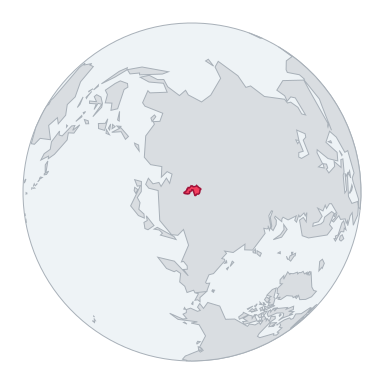 Dornod highlighted on a globe, orthographic projection, rotated 139°
{"feature_id": "MNG-3332", "entity_name": "Dornod", "entity_type": "Province", "adm_level": 1, "iso_a3": "MNG", "parent_name": "Mongolia", "parent_adm1": "", "projection": "orthographic", "projection_center": [116.608, 48.287], "detail": "fine", "context": "on_globe", "style": "filled", "palette": "rose", "viewbox_px": 384, "rotation_deg": 139, "n_neighbors": 0, "source": "natural_earth", "source_scale": "10m", "svg_char_len": 13578}
<svg xmlns="http://www.w3.org/2000/svg" viewBox="0 0 384 384"><g transform="rotate(139 192 192)"><circle cx="192" cy="192" r="169" fill="#eef3f6" stroke="#a8b0b8"/><path d="M337.2,277.4L336.9,277.9L336.8,278.2L337.2,277.4ZM303.3,64.8L304.2,65.9L304.4,65.9L306.9,68.2L306.4,68.4L308.9,72.0L304.7,72.6L290.8,67.8L290.8,65.7L287.5,65.1L287.3,67.9L288.0,70.0L276.2,74.5L273.7,87.1L278.6,93.6L273.1,90.5L286.1,105.0L288.4,115.1L282.3,102.2L279.0,99.9L278.9,105.7L275.4,104.7L273.4,107.0L269.3,105.3L266.1,98.3L263.4,97.2L263.4,101.5L259.3,102.8L259.7,96.6L252.6,98.3L245.9,87.7L250.2,73.9L243.1,68.1L238.3,54.2L235.3,54.7L231.6,50.3L226.8,49.3L227.3,47.3L222.9,48.3L223.4,50.3L221.7,51.5L218.8,51.2L219.0,48.5L220.4,48.3L219.0,47.4L220.3,46.2L218.1,46.7L218.6,43.7L213.9,46.2L210.8,43.6L212.3,41.8L217.6,42.5L234.1,41.1L237.3,40.1L236.4,37.6L223.2,31.5L224.4,30.5L222.1,28.6L218.9,28.7L219.6,30.3L213.2,30.5L214.8,32.8L212.4,33.3L211.9,35.8L206.2,34.9L200.8,32.9L200.9,31.0L198.6,30.2L193.7,31.9L189.4,28.5L178.6,27.1L178.1,26.5L185.7,25.0L197.7,25.0L207.5,24.5L195.2,24.5L194.2,23.6L191.5,23.5L188.2,23.5L186.2,23.9L184.6,23.7L196.2,23.2L197.8,23.3L194.1,23.4L199.8,23.5L207.6,23.8L206.5,23.7L207.3,23.7L220.5,25.5L233.4,28.2L246.2,32.0L258.5,36.7L270.5,42.4L282.0,49.0L292.9,56.5L303.3,64.8ZM351.7,160.3L350.4,158.2L351.2,157.4L351.7,160.3ZM349.5,158.3L350.0,158.7L349.6,158.7L349.5,158.3ZM349.1,159.2L349.4,158.6L349.3,159.6L349.1,159.2ZM348.9,160.8L349.0,159.9L349.0,160.1L348.9,160.8ZM347.9,162.5L347.6,162.8L347.6,161.6L347.9,162.5ZM288.8,71.2L287.6,68.1L289.1,66.2L290.5,68.7L288.8,71.2ZM285.6,75.6L284.0,73.6L287.9,74.0L287.6,74.9L285.6,75.6ZM282.9,98.7L282.5,95.6L284.0,99.1L282.9,98.7ZM273.8,107.6L275.0,109.0L273.4,109.7L273.8,107.6ZM215.1,36.1L213.6,35.9L214.5,35.5L215.1,36.1ZM216.4,37.4L218.6,37.1L219.5,37.7L218.1,37.9L216.4,37.4ZM265.7,107.8L262.9,108.7L265.2,106.5L265.7,107.8ZM213.5,37.7L220.8,38.8L222.4,39.9L218.6,41.6L213.5,37.7ZM260.8,108.4L253.9,111.0L255.9,114.0L246.2,107.3L255.3,107.1L257.9,103.9L258.4,106.9L260.8,108.4ZM224.8,51.1L224.2,48.9L227.3,51.0L224.8,51.1ZM227.2,52.2L239.3,57.7L238.8,60.9L234.9,58.3L236.3,63.0L230.1,61.9L227.9,59.1L229.5,57.1L225.9,58.2L227.2,52.2ZM242.0,103.4L239.8,103.1L241.5,102.1L242.0,103.4ZM221.2,52.1L223.7,52.8L223.4,55.7L218.4,54.8L220.1,54.1L221.2,52.1ZM239.7,64.9L238.7,67.1L233.3,66.7L232.2,67.5L229.9,62.2L239.7,64.9ZM218.7,53.4L215.9,54.3L213.4,52.8L218.8,51.7L218.7,53.4ZM225.5,56.8L225.1,58.2L223.7,57.1L225.5,56.8ZM203.1,48.3L206.1,48.8L206.2,50.3L203.1,48.3ZM215.0,54.8L215.8,55.4L216.2,56.1L213.9,56.4L215.0,54.8ZM226.3,62.4L224.4,61.9L227.0,64.5L223.1,64.5L222.3,61.1L221.0,62.6L219.9,62.6L220.5,59.8L226.3,62.4ZM212.6,59.0L210.3,54.9L204.7,53.4L204.4,52.0L213.4,54.6L212.6,59.0ZM217.2,59.7L214.3,58.9L215.5,57.4L218.1,57.0L217.2,59.7ZM220.8,65.9L226.9,66.7L226.9,67.5L220.8,65.9ZM210.8,58.8L211.4,59.8L210.3,58.9L210.8,58.8ZM217.5,64.0L219.7,64.1L219.6,65.0L217.5,64.0ZM210.8,61.8L210.1,60.4L211.8,60.1L210.8,61.8ZM213.7,63.0L213.0,64.2L212.9,60.8L214.7,62.9L213.7,63.0ZM217.0,64.7L217.7,65.3L216.1,64.6L217.0,64.7ZM204.5,64.1L203.9,59.9L207.9,59.1L207.9,63.2L204.5,64.1ZM76.2,69.0L76.4,71.3L70.9,77.6L63.6,94.3L61.8,97.5L57.2,100.1L47.3,121.1L50.6,121.7L47.1,138.7L48.3,147.6L58.3,141.7L56.5,126.7L61.6,119.8L67.4,128.0L69.8,141.8L71.9,139.6L74.9,127.7L80.1,128.0L76.5,123.4L74.5,127.4L72.2,124.8L73.8,121.1L75.6,121.2L76.2,116.6L67.6,117.7L64.7,121.8L63.4,112.7L58.4,118.8L56.4,118.0L64.1,107.3L66.8,105.6L77.3,91.0L74.3,91.8L64.2,105.9L65.3,102.8L61.1,104.7L65.1,100.9L76.9,85.9L78.8,78.5L73.2,76.2L76.0,71.9L82.0,65.9L92.1,61.1L84.7,71.3L88.2,70.3L96.6,64.4L93.6,68.2L96.2,67.2L94.0,71.2L97.9,73.9L96.7,77.8L104.8,76.4L105.3,78.3L100.4,78.5L96.4,81.0L94.4,91.7L96.0,93.0L101.3,91.3L100.1,94.7L105.6,91.8L107.7,97.4L109.7,88.3L116.1,86.6L120.9,88.9L123.4,86.9L115.5,83.3L112.1,83.4L108.5,86.0L99.4,85.6L98.7,82.6L109.6,77.2L109.8,72.6L118.2,70.9L134.2,80.9L137.5,86.7L129.3,100.2L124.7,99.8L125.4,94.5L118.8,101.1L122.2,99.7L121.2,102.7L127.0,102.4L126.6,104.5L132.9,100.7L133.0,103.3L129.0,105.6L137.8,107.9L139.8,113.2L141.9,112.7L143.7,110.7L145.1,119.1L146.6,118.4L146.8,115.4L150.0,112.1L156.1,109.7L156.3,112.7L154.1,114.0L149.6,121.4L143.7,124.7L144.4,125.7L149.6,123.7L155.0,114.5L158.7,112.3L156.7,116.7L157.7,114.9L159.6,114.8L161.6,117.5L164.0,112.8L184.4,108.4L190.2,113.8L186.2,117.9L200.6,119.3L206.1,126.0L206.2,123.0L213.2,122.2L211.6,120.0L212.2,118.6L229.3,116.3L233.5,118.4L241.0,114.9L241.1,113.5L238.4,111.6L246.2,107.3L255.9,114.0L255.2,116.8L261.7,119.4L259.3,125.6L260.3,132.2L254.0,138.0L255.3,143.0L257.7,143.5L261.4,151.0L260.6,165.2L250.7,151.4L249.8,131.2L249.2,139.1L246.2,136.8L244.1,139.4L243.9,145.2L245.9,146.2L229.5,154.1L223.0,169.3L231.1,168.6L235.4,173.3L235.0,191.7L216.6,215.3L222.1,223.2L221.9,228.2L215.9,231.0L216.1,223.8L210.7,220.9L211.7,216.5L202.2,219.3L203.2,213.2L195.3,218.6L197.4,223.7L205.4,223.3L198.1,231.0L205.3,239.8L205.2,249.5L190.1,264.7L176.0,267.8L175.0,270.5L169.9,266.4L162.4,270.6L171.2,287.6L170.7,291.8L158.8,297.4L158.7,294.4L145.3,283.6L142.2,292.8L152.3,303.2L155.8,312.6L147.7,308.1L144.3,299.5L139.5,295.4L141.3,287.4L138.2,273.0L130.1,273.0L131.1,267.7L125.7,253.7L114.3,252.8L95.8,259.0L92.6,271.2L86.5,273.4L81.1,249.6L82.7,235.6L78.2,233.6L74.7,216.6L61.3,201.3L61.6,196.6L58.6,195.1L56.5,186.4L58.0,179.0L55.7,175.6L52.3,195.3L55.1,199.0L60.6,198.1L58.9,203.8L61.2,213.2L50.4,216.5L34.2,203.1L36.5,192.9L44.4,154.7L46.3,152.8L46.5,152.5L46.8,151.8L43.6,154.1L46.2,147.1L37.8,170.7L34.8,178.7L33.9,203.3L33.1,203.4L34.0,210.0L41.6,219.7L40.8,222.5L34.8,229.1L27.7,228.6L30.9,242.7L31.5,244.7L28.2,233.3L25.6,221.6L24.0,209.7L23.1,197.8L23.2,185.8L24.0,173.9L25.7,162.1L28.2,150.4L31.6,138.9L35.8,127.7L40.7,116.8L46.4,106.3L52.8,96.2L60.0,86.6L67.7,77.5L76.2,69.0ZM71.2,74.0L69.8,75.3L71.2,74.0ZM68.4,161.8L72.4,170.1L77.5,160.7L79.5,163.2L80.5,159.2L77.8,160.0L81.3,149.8L85.5,151.7L88.5,148.4L87.3,145.5L79.0,143.9L74.0,158.2L70.2,158.7L68.4,161.8ZM193.5,23.6L192.6,23.6L189.2,23.6L190.9,23.5L193.5,23.6ZM173.3,25.4L171.2,25.1L173.9,25.1L175.9,24.6L184.2,24.2L178.3,26.2L179.5,25.3L173.3,25.4ZM193.5,24.8L188.9,24.5L194.1,24.8L193.5,24.8ZM112.1,59.3L109.1,61.4L106.7,61.2L108.1,57.2L111.7,57.2L112.1,59.3ZM105.6,64.5L116.0,60.9L115.5,63.6L114.0,62.6L112.7,64.7L109.9,63.8L99.2,70.3L96.4,70.7L100.6,62.4L100.8,64.8L103.6,62.4L105.6,64.5ZM143.5,49.9L148.0,49.2L141.2,55.8L137.7,55.7L138.9,51.4L143.7,49.0L143.5,49.9ZM205.3,40.8L207.5,40.7L207.4,41.4L205.5,42.0L205.3,40.8ZM204.5,48.4L195.7,42.2L197.8,41.7L190.2,39.1L192.7,36.8L197.5,38.5L193.7,35.0L199.0,35.6L195.8,33.5L206.3,37.5L211.0,38.2L204.9,38.2L202.5,40.2L202.9,41.3L207.4,45.0L216.2,47.8L215.3,50.6L212.2,51.8L210.0,51.5L211.3,49.8L207.3,50.7L207.5,48.0L204.5,48.4ZM177.5,68.7L180.0,66.0L172.1,68.9L172.2,65.6L171.3,66.1L169.2,63.9L165.1,62.4L166.0,60.8L164.0,60.9L162.6,59.6L160.2,59.2L160.9,56.5L158.0,55.9L160.0,55.0L154.8,54.7L159.0,53.7L157.6,52.1L154.3,53.9L163.9,41.7L164.8,37.9L163.2,35.5L170.5,34.5L176.7,36.4L181.3,40.1L179.4,44.1L183.1,43.2L183.3,44.9L180.3,44.9L185.0,45.9L184.4,47.4L188.5,51.7L195.6,52.6L197.3,54.4L194.2,54.8L198.0,56.3L193.3,58.3L194.3,59.7L190.7,63.2L184.1,63.5L185.8,65.0L183.1,68.0L177.5,68.7ZM203.3,65.0L195.3,65.7L191.4,64.3L199.3,58.8L199.0,57.3L203.9,54.0L209.4,56.2L207.5,56.9L206.9,58.1L205.4,56.9L206.2,58.8L203.6,59.8L203.4,61.6L200.9,61.3L203.3,65.0ZM63.1,98.5L62.3,100.6L61.8,103.4L59.1,104.7L63.1,98.5ZM70.9,88.2L70.7,89.6L66.7,92.5L67.6,90.5L70.9,88.2ZM74.0,88.0L71.0,89.4L73.1,87.5L74.0,88.0ZM100.5,79.8L100.7,81.4L99.4,82.1L97.7,81.9L100.5,79.8ZM154.0,77.8L156.0,76.2L156.9,76.6L162.9,75.1L163.2,77.6L159.8,79.5L154.0,77.8ZM56.1,140.6L53.7,139.7L54.4,137.5L55.1,138.2L56.1,140.6ZM55.0,121.2L53.6,126.7L54.3,121.5L55.0,121.2ZM155.4,80.3L157.8,79.3L156.5,81.2L155.4,80.3ZM163.8,79.4L162.8,81.6L164.0,77.8L163.8,79.4ZM37.9,261.4L39.5,264.3L39.4,262.8L42.9,270.8L44.5,274.4L37.9,261.4ZM198.9,334.9L204.1,335.4L203.9,335.8L198.9,334.9ZM193.4,333.3L199.3,333.6L192.4,334.2L193.4,333.3ZM201.7,333.7L207.7,332.7L210.3,331.9L209.9,332.9L201.7,333.7ZM189.4,333.1L167.7,330.8L159.3,328.2L161.2,326.9L174.9,329.3L189.4,333.1ZM160.5,326.7L147.7,319.1L130.9,298.2L136.9,300.4L154.7,314.8L153.5,316.2L161.3,321.8L160.5,326.7ZM191.9,321.0L190.6,325.7L178.7,324.3L173.2,322.9L169.5,316.2L171.6,313.2L176.0,313.9L193.5,303.6L199.6,306.8L194.1,311.6L199.0,316.2L191.9,321.0ZM93.1,272.8L95.8,282.0L92.6,281.5L93.1,272.8ZM200.9,295.2L193.7,300.4L200.4,293.3L200.9,295.2ZM205.1,288.2L205.4,291.1L202.6,288.2L205.1,288.2ZM174.5,274.8L169.8,274.8L169.9,272.6L175.9,271.3L174.5,274.8ZM205.0,257.6L204.4,264.4L203.3,266.6L201.5,262.5L205.0,257.6ZM161.9,102.7L153.2,101.8L147.2,103.3L144.1,107.3L144.7,101.4L154.0,99.1L161.9,102.7ZM181.6,107.3L184.2,104.1L185.6,106.0L185.2,107.0L181.6,107.3ZM181.4,105.0L179.8,100.3L182.9,98.8L183.5,102.8L181.4,105.0ZM167.2,89.6L164.6,89.1L165.8,87.5L167.2,89.6ZM255.7,348.5L254.2,349.1L250.5,350.5L246.2,352.0L243.3,352.3L239.7,353.5L243.3,351.8L238.0,353.9L235.2,353.8L228.6,354.8L195.4,359.8L188.1,359.5L190.0,358.6L183.3,354.6L185.7,354.8L184.2,351.4L203.8,348.3L217.8,340.4L228.8,339.8L237.0,332.8L248.2,331.2L244.8,336.4L256.5,336.3L264.5,324.3L271.4,332.1L279.6,331.4L281.6,333.9L267.5,343.2L255.7,348.5ZM308.8,310.8L310.4,309.7L312.8,308.7L310.3,310.6L308.8,310.8ZM333.1,283.8L333.7,283.4L332.1,285.6L333.1,283.8ZM336.8,278.2L334.9,280.9L337.2,277.4L336.8,278.2ZM317.6,299.8L318.3,299.6L317.7,300.3L317.6,299.8ZM317.0,300.1L318.0,298.5L317.8,299.5L317.0,300.1ZM309.5,300.6L310.5,299.4L311.0,299.5L309.5,300.6ZM211.8,335.2L219.1,331.6L223.1,331.0L211.8,335.2ZM308.1,300.3L305.7,301.7L305.9,301.0L308.1,300.3ZM308.3,298.8L308.1,298.1L309.6,299.1L308.3,298.8ZM303.6,299.7L306.6,299.5L303.2,300.0L303.6,299.7ZM301.8,300.9L299.6,301.4L299.7,301.0L301.8,300.9ZM276.8,313.2L285.1,315.3L278.4,317.9L271.0,317.2L265.1,322.1L251.9,324.9L254.9,322.3L253.2,319.5L239.5,320.8L236.8,319.0L241.6,316.8L232.6,316.3L242.5,313.9L246.5,317.8L252.1,313.2L261.7,311.9L271.1,310.7L278.6,311.4L276.8,313.2ZM242.5,323.6L244.2,323.3L242.7,324.8L242.5,323.6ZM295.4,301.2L298.6,301.6L298.2,302.3L296.6,302.8L295.4,301.2ZM280.4,310.0L288.5,303.3L290.4,302.6L285.0,308.7L280.4,310.0ZM286.5,301.8L290.3,300.7L292.3,301.9L291.5,302.7L286.5,301.8ZM222.4,322.0L222.0,323.3L219.5,322.5L222.4,322.0ZM225.7,321.0L233.4,321.5L225.0,322.1L225.7,321.0ZM202.5,317.4L204.7,320.5L211.8,318.5L206.4,321.3L211.2,326.1L209.6,327.9L204.8,322.8L203.2,328.1L200.1,328.0L198.4,323.4L201.5,317.6L204.6,315.2L217.4,313.9L202.5,317.4ZM225.7,317.3L223.6,313.9L225.2,311.3L227.4,313.1L225.7,317.3ZM217.7,305.1L212.4,300.7L207.5,302.5L217.5,295.8L220.9,301.2L217.7,305.1ZM213.3,295.0L208.7,296.7L213.5,292.8L213.3,295.0ZM207.6,295.1L207.2,291.7L210.8,292.2L207.6,295.1ZM215.7,295.1L216.7,289.3L218.4,292.7L215.7,295.1ZM205.9,284.0L213.4,289.7L203.5,287.2L203.5,275.6L207.7,275.4L205.9,284.0ZM232.2,233.1L231.3,229.3L235.3,228.1L234.7,231.0L232.2,233.1ZM247.4,221.8L236.1,226.6L226.8,230.7L229.5,232.3L227.2,238.9L223.3,233.1L230.0,225.6L236.9,223.7L238.2,218.1L243.5,213.8L242.7,206.9L245.1,203.6L247.9,209.4L247.4,221.8ZM242.1,204.0L242.7,191.6L250.0,192.4L251.5,195.3L248.2,200.6L244.5,199.8L242.1,204.0ZM245.0,188.9L241.4,188.1L234.8,170.1L235.2,166.6L244.1,180.2L241.3,180.3L241.6,184.7L245.0,188.9ZM240.4,104.7L239.9,103.3L241.6,104.4L240.4,104.7ZM211.1,117.4L212.2,115.7L214.2,116.8L211.1,117.4ZM216.3,111.5L213.3,111.4L216.4,110.2L216.3,111.5ZM206.6,111.5L212.1,110.8L207.0,113.4L206.6,111.5Z" fill="#d9dde1" stroke="#a8b0b8" stroke-width="1"/><path d="M192.1,187.5L191.7,188.4L191.3,189.4L190.9,190.3L190.9,190.5L190.4,191.3L190.4,192.0L189.9,192.4L189.8,192.5L189.9,192.9L189.9,193.0L190.0,193.1L190.5,193.7L190.6,193.8L190.7,193.7L191.0,193.4L191.3,193.3L191.6,193.3L191.8,193.3L192.3,193.2L192.5,193.2L192.7,193.3L192.9,193.4L193.4,193.9L193.5,193.9L193.6,193.6L193.8,193.5L194.2,192.9L194.3,192.9L194.7,192.8L194.9,192.8L195.0,192.7L195.2,192.8L195.3,192.8L195.7,192.8L195.8,192.9L195.9,193.0L196.2,193.4L196.3,193.5L196.7,193.7L196.9,193.7L196.9,193.8L197.0,193.9L197.0,194.1L197.3,194.3L197.3,194.5L197.7,194.8L197.8,194.8L198.0,195.0L198.3,195.3L198.3,195.6L198.5,195.8L198.6,196.0L198.6,196.3L198.7,196.5L198.4,196.7L198.4,196.8L198.2,196.9L197.9,196.8L197.6,196.8L197.0,196.7L196.9,196.7L196.7,196.5L196.6,196.4L196.4,196.5L196.2,196.7L195.9,196.7L195.7,196.7L195.4,196.6L195.2,196.6L194.8,196.9L194.7,196.9L194.6,197.0L194.4,197.2L194.2,197.2L193.9,197.0L193.6,197.1L193.5,197.3L193.5,197.6L193.4,197.7L192.7,197.7L192.4,197.6L192.2,197.8L191.9,197.9L191.8,197.7L191.4,197.0L191.3,196.9L190.4,196.9L190.0,197.0L189.1,197.0L188.9,197.1L188.6,197.3L188.3,196.8L188.2,196.6L188.0,196.4L187.7,196.3L187.7,196.2L187.6,195.8L187.7,195.3L187.7,195.2L187.3,195.0L186.4,194.2L185.2,193.9L184.8,193.7L184.7,193.6L184.2,193.8L184.2,193.5L184.2,193.2L184.2,192.8L184.1,192.7L184.0,192.4L184.0,191.9L184.0,191.7L184.1,191.4L184.1,191.2L183.9,190.8L183.6,190.1L183.5,189.9L183.5,189.7L183.5,189.2L183.5,188.8L183.5,188.7L183.4,188.4L184.0,188.1L184.3,188.1L184.5,188.2L184.5,188.3L184.7,188.2L184.8,188.2L185.0,188.1L185.2,187.9L185.3,187.8L185.3,187.7L185.5,187.4L185.9,187.1L186.0,187.0L186.1,186.9L186.3,186.8L186.6,186.6L186.8,186.6L187.0,186.4L187.3,186.2L187.5,186.1L187.9,186.2L188.0,186.2L188.3,186.2L188.5,186.2L189.0,186.5L189.3,187.0L189.6,187.2L189.7,187.3L189.8,187.3L190.0,187.3L190.3,187.3L190.9,187.0L191.1,186.9L191.3,186.9L191.4,187.0L191.9,187.2L192.0,187.3L192.1,187.5Z" fill="#f43f5e" stroke="#9f1239" stroke-width="1.5"/></g></svg>